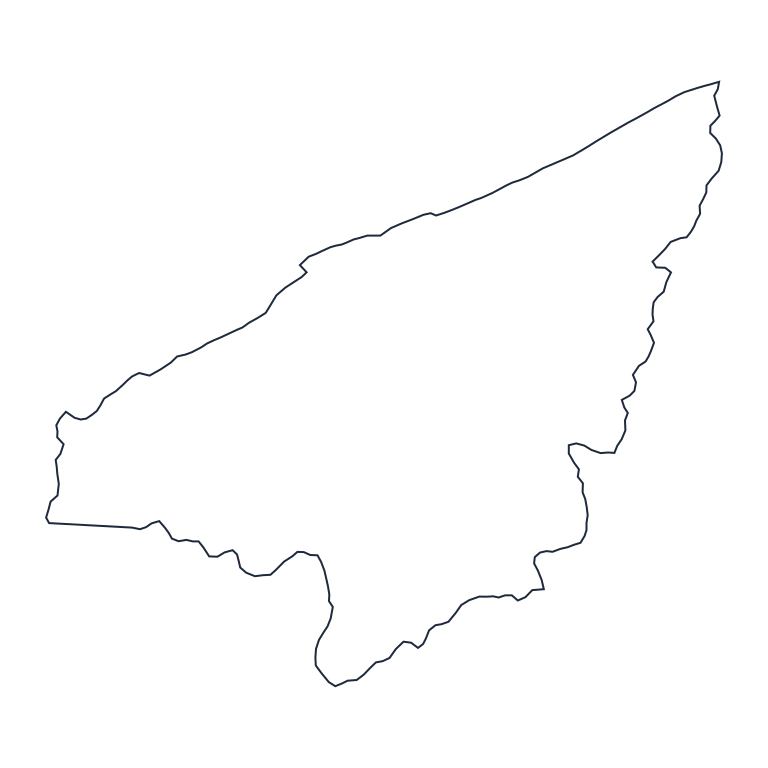 outline of Sapucaia, Rio de Janeiro, Brazil
{"feature_id": "56859067B28988673351798", "entity_name": "Sapucaia", "entity_type": "district", "adm_level": 2, "iso_a3": "BRA", "parent_name": "Brazil", "parent_adm1": "Rio de Janeiro", "projection": "albers", "projection_center": [-42.818, -22.019], "detail": "fine", "context": "isolated", "style": "outline", "palette": "slate", "viewbox_px": 768, "rotation_deg": 0, "n_neighbors": 0, "source": "geoboundaries", "source_scale": "gbopen_adm2", "svg_char_len": 3254}
<svg xmlns="http://www.w3.org/2000/svg" viewBox="0 0 768 768"><path d="M249.1,322.7L242.4,327.5L237.0,329.8L230.8,332.7L220.5,337.5L213.6,340.4L207.0,343.5L201.3,347.3L191.9,352.2L185.7,354.5L177.1,356.5L170.8,362.6L160.6,369.4L149.5,375.6L139.0,373.0L132.0,376.5L127.3,380.5L122.7,385.0L115.8,391.2L111.0,394.1L104.1,398.5L100.5,405.2L96.8,411.0L91.7,415.0L86.3,418.6L80.7,419.5L74.6,417.8L65.9,411.8L59.9,418.6L56.3,425.3L57.5,431.3L57.2,437.3L63.6,444.2L60.4,453.9L55.7,459.9L56.7,466.7L57.3,473.8L58.8,483.9L57.5,495.5L50.6,501.6L48.5,509.7L46.1,517.6L49.1,523.1L132.1,527.6L140.0,529.2L146.0,527.2L151.5,523.4L159.2,521.1L165.0,527.8L168.8,533.0L171.9,538.6L178.6,541.2L186.4,539.9L192.8,541.4L198.6,541.4L203.5,547.6L209.2,556.4L217.4,556.7L224.6,552.4L232.6,550.2L237.0,554.4L238.7,560.9L240.2,567.5L246.2,572.7L254.9,576.2L263.1,575.2L270.4,574.8L275.4,570.4L284.2,561.5L292.3,556.3L297.4,551.9L303.8,552.1L310.3,555.0L317.5,555.3L321.1,561.9L324.4,570.6L326.5,579.7L328.0,586.5L329.3,594.3L329.0,601.2L332.8,606.9L330.7,618.4L327.5,626.5L323.8,632.0L319.0,639.8L316.0,648.9L315.4,657.6L315.8,665.5L321.5,673.2L328.8,682.1L335.3,686.2L341.7,683.6L347.6,680.7L356.7,680.0L363.9,674.5L369.5,668.6L375.9,662.4L382.5,661.2L389.5,658.0L395.8,649.1L403.5,641.7L411.1,642.7L418.0,647.9L423.1,644.0L425.9,638.5L429.1,630.3L435.5,625.2L441.5,624.2L448.4,621.8L455.5,613.2L461.3,605.0L469.1,600.2L479.3,596.6L487.0,596.7L493.2,596.3L498.6,597.5L505.2,595.3L511.8,595.3L517.8,600.5L525.4,597.2L532.3,590.1L543.8,589.2L541.7,580.1L537.9,570.6L534.1,563.4L534.8,557.1L540.1,552.5L546.5,551.1L552.5,551.8L560.3,548.9L567.7,547.2L574.2,544.7L580.5,542.8L584.6,536.0L586.5,530.1L586.5,522.9L587.7,515.2L586.7,507.0L585.2,498.9L582.6,492.4L582.9,483.3L577.8,476.8L578.9,469.3L574.1,462.8L568.8,453.5L568.8,445.2L576.2,443.4L584.4,445.6L591.3,449.9L600.6,453.1L608.1,452.5L614.4,452.9L617.3,445.7L621.7,439.2L625.4,430.4L625.0,420.4L627.8,412.9L624.4,407.7L621.8,399.9L629.6,395.7L634.4,390.9L636.0,382.3L632.9,374.9L639.0,365.8L645.6,361.5L648.6,356.4L651.0,350.9L654.0,342.8L650.7,335.0L647.7,329.2L653.5,321.3L652.5,314.5L652.8,308.3L653.7,302.2L657.6,297.0L663.7,291.7L666.4,282.0L671.0,272.4L665.3,267.8L656.2,267.4L652.6,261.6L658.9,255.4L664.9,249.2L670.7,241.9L680.3,238.2L686.6,237.3L690.9,231.8L694.2,226.2L696.3,220.7L700.1,213.8L699.6,205.7L703.2,199.0L706.3,192.5L706.5,185.4L711.7,178.5L718.6,170.8L721.3,162.0L721.9,153.3L720.2,145.4L715.9,138.6L710.2,133.0L710.4,125.7L715.0,121.1L719.6,115.6L716.9,106.2L714.2,95.7L717.8,89.2L719.1,81.8L710.6,84.3L705.2,85.7L697.3,88.0L684.4,92.1L675.6,96.3L668.1,100.8L659.4,105.4L653.9,108.3L646.6,112.6L635.0,119.0L628.0,122.7L610.5,132.7L596.1,141.4L587.9,146.6L573.1,155.4L542.7,168.4L527.7,177.0L519.4,180.3L512.3,182.6L506.2,185.5L500.9,188.4L491.7,193.3L480.9,198.1L475.5,199.9L459.2,207.0L450.5,210.5L445.0,212.6L436.1,215.5L430.6,213.2L423.4,214.8L413.2,219.0L401.7,223.4L390.9,228.1L380.4,235.6L374.0,235.6L367.3,235.6L359.0,238.1L353.5,239.5L347.3,242.3L341.5,244.6L336.0,245.6L330.4,247.2L321.6,251.2L316.2,253.8L308.7,256.7L299.9,265.1L306.6,272.3L301.8,276.9L296.0,280.7L285.5,287.5L276.4,295.3L269.6,306.6L265.7,312.9L257.4,318.1L249.1,322.7Z" fill="none" stroke="#1e293b" stroke-width="2"/></svg>